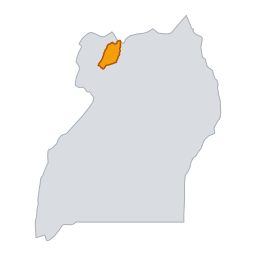 where Adjumani sits in Uganda
{"feature_id": "UGA-3079", "entity_name": "Adjumani", "entity_type": "District", "adm_level": 1, "iso_a3": "UGA", "parent_name": "Uganda", "parent_adm1": "", "projection": "natural_earth1", "projection_center": [31.782, 3.228], "detail": "fine", "context": "in_parent", "style": "filled", "palette": "amber", "viewbox_px": 256, "rotation_deg": 0, "n_neighbors": 0, "source": "natural_earth", "source_scale": "10m", "svg_char_len": 3019}
<svg xmlns="http://www.w3.org/2000/svg" viewBox="0 0 256 256"><path d="M183.9,222.1L180.2,222.1L174.1,222.1L168.0,222.1L161.9,222.1L155.8,222.1L149.7,222.1L143.7,222.1L137.6,222.1L131.5,222.1L125.4,222.1L119.3,222.1L113.2,222.1L107.2,222.1L101.1,222.1L95.0,222.1L88.9,222.1L82.8,222.1L79.2,222.1L78.5,222.0L78.0,221.8L75.7,222.3L73.3,224.1L70.8,224.8L68.1,224.5L67.8,224.7L66.4,224.6L64.4,224.5L62.6,225.0L61.3,226.5L59.9,229.1L57.4,232.1L55.5,234.7L53.8,236.6L50.0,239.7L47.9,240.6L46.9,240.5L46.3,239.9L45.1,236.0L44.3,235.3L37.0,237.4L35.8,237.4L36.0,236.2L35.4,226.8L35.3,221.1L36.3,217.6L36.9,213.4L36.9,209.8L38.3,203.6L37.8,199.9L39.5,186.9L40.0,184.8L40.7,178.6L41.8,176.6L42.7,175.9L44.0,172.0L46.4,165.9L48.1,162.7L47.7,155.8L48.0,151.1L48.4,150.0L51.9,148.3L56.6,143.9L58.5,138.8L61.3,135.5L66.7,133.4L82.6,115.8L90.0,106.4L93.2,101.5L93.3,99.8L93.9,97.5L92.6,95.7L91.1,94.1L90.6,92.6L89.3,91.8L87.4,91.9L86.1,90.8L84.7,88.6L83.2,87.3L78.7,87.4L75.3,85.2L75.3,82.3L76.7,76.4L79.3,69.7L79.4,67.9L79.1,66.3L78.4,65.0L77.2,63.6L76.1,62.0L77.0,57.2L78.7,52.5L80.0,50.1L81.4,47.5L81.0,45.3L79.0,44.2L80.0,42.1L82.1,38.6L86.2,35.0L89.8,32.6L92.2,32.6L96.8,34.5L101.0,36.7L103.3,36.8L106.1,35.9L111.9,31.9L113.2,33.2L114.9,35.6L116.8,39.6L120.4,41.5L122.2,42.7L123.4,43.1L124.1,42.8L125.5,39.6L127.2,37.9L130.2,35.7L137.0,34.0L141.9,33.5L144.0,33.1L147.4,32.1L152.9,28.8L158.2,33.0L164.1,33.8L169.7,33.8L171.4,32.5L172.4,31.5L178.3,24.7L186.3,15.4L191.7,28.5L193.5,29.2L193.3,30.4L192.8,31.5L196.3,34.6L200.6,36.3L202.1,37.9L202.3,39.7L200.8,47.3L201.1,49.5L202.5,57.2L205.1,58.9L207.3,66.7L211.9,69.9L212.6,70.9L213.6,74.6L215.0,78.7L216.2,79.7L216.8,79.9L218.2,84.3L217.4,86.7L218.5,94.2L220.2,100.8L220.6,108.7L220.7,112.2L220.6,114.4L220.2,117.4L219.4,119.1L217.9,120.8L216.3,123.5L214.9,126.4L214.0,127.8L214.7,132.1L214.5,133.2L214.2,133.7L212.1,134.4L209.4,135.5L207.8,136.7L205.5,138.8L203.7,141.2L201.3,148.1L197.2,153.5L196.5,155.3L192.7,158.5L191.0,162.4L190.0,167.3L188.5,170.8L185.3,175.6L184.5,183.1L184.6,198.2L183.8,215.4L183.9,222.1Z" fill="#d9dde1" stroke="#a8b0b8" stroke-width="1"/><path d="M119.5,40.5L119.8,40.5L120.2,40.7L120.6,41.5L120.4,47.2L120.2,47.7L119.8,48.0L119.7,48.8L119.8,49.6L120.1,50.3L120.2,51.0L119.5,52.4L119.4,53.2L119.6,54.1L119.4,54.8L119.1,55.5L118.6,56.1L118.1,56.7L117.9,57.4L117.9,58.3L116.6,60.7L116.5,61.5L116.4,62.2L109.5,64.7L105.9,65.4L104.9,67.1L104.0,68.5L103.5,68.9L102.9,68.9L102.5,68.6L102.2,68.1L101.3,67.8L100.5,66.7L99.7,65.9L98.3,65.4L98.8,63.9L99.3,63.1L100.8,61.2L102.1,59.0L102.5,57.9L103.4,55.7L103.8,54.0L104.0,52.9L104.1,52.6L104.2,52.4L104.5,52.1L104.7,51.8L105.0,50.4L105.5,49.7L106.7,48.3L106.9,47.6L107.0,46.6L107.3,45.7L107.9,45.2L108.0,44.8L108.3,44.4L108.6,44.2L109.4,44.2L110.2,44.0L110.5,43.7L111.3,42.9L112.0,42.6L112.4,42.5L112.4,43.0L112.7,43.1L113.3,43.0L113.6,43.3L114.0,43.6L114.4,43.9L114.9,44.0L115.6,43.9L116.3,43.5L116.8,42.8L117.0,41.9L117.3,41.4L119.1,40.8L119.5,40.5Z" fill="#f59e0b" stroke="#b45309" stroke-width="1.5"/></svg>